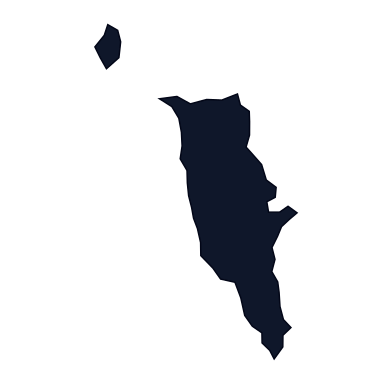 outline of Fernando de Noronha, Rio Grande do Norte, Brazil, rotated 281°
{"feature_id": "56859067B68153873864864", "entity_name": "Fernando de Noronha", "entity_type": "district", "adm_level": 2, "iso_a3": "BRA", "parent_name": "Brazil", "parent_adm1": "Rio Grande do Norte", "projection": "mercator", "projection_center": [-32.422, -3.844], "detail": "fine", "context": "isolated", "style": "filled", "palette": "ink", "viewbox_px": 384, "rotation_deg": 281, "n_neighbors": 0, "source": "geoboundaries", "source_scale": "gbopen_adm2", "svg_char_len": 955}
<svg xmlns="http://www.w3.org/2000/svg" viewBox="0 0 384 384"><g transform="rotate(281 192 192)"><path d="M272.0,235.1L282.1,232.8L286.6,222.9L296.9,217.9L287.9,203.7L285.6,188.8L278.2,173.5L282.9,159.0L277.3,142.3L272.0,155.9L261.9,165.0L248.7,170.2L235.3,173.5L222.3,174.1L212.2,183.0L200.0,185.7L187.7,189.4L176.7,194.6L166.6,198.5L157.2,204.3L144.0,210.1L131.2,212.8L121.3,227.0L112.0,236.7L111.6,251.4L97.4,260.1L80.9,267.3L71.8,276.8L67.1,287.5L57.2,289.6L51.4,298.5L43.8,304.5L57.2,310.7L68.7,308.6L77.8,315.0L84.2,306.1L96.4,300.2L110.2,296.6L120.1,293.3L129.1,285.5L141.7,286.3L152.8,281.1L165.2,284.5L175.1,286.5L183.1,292.3L191.6,299.1L196.3,289.0L188.9,281.8L186.8,271.0L196.7,267.3L202.7,274.7L212.6,273.7L218.0,262.6L232.2,255.1L240.6,244.2L246.4,236.5L258.8,237.6L272.0,235.1ZM325.8,93.3L336.5,88.2L340.2,77.4L329.1,76.0L315.9,69.0L306.2,76.4L296.7,84.5L309.9,94.6L325.8,93.3Z" fill="#0f172a" stroke="#020617" stroke-width="1.5"/></g></svg>